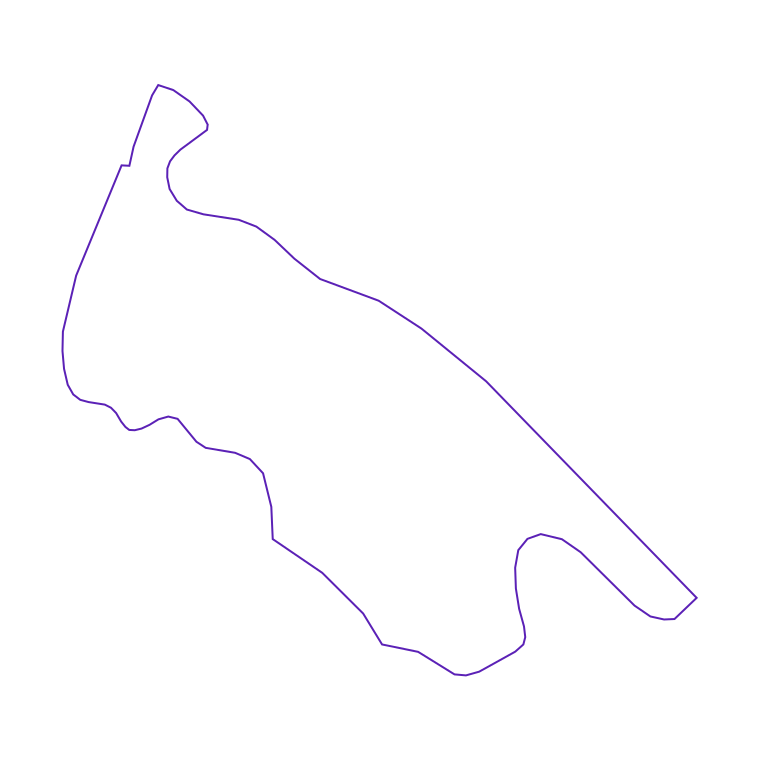 SVG path tracing the border of Ninh Bình, rotated 183°
{"feature_id": "VNM-466", "entity_name": "Ninh Bình", "entity_type": "Province", "adm_level": 1, "iso_a3": "VNM", "parent_name": "Vietnam", "parent_adm1": "", "projection": "robinson", "projection_center": [105.947, 20.203], "detail": "fine", "context": "isolated", "style": "outline", "palette": "violet", "viewbox_px": 768, "rotation_deg": 183, "n_neighbors": 0, "source": "natural_earth", "source_scale": "10m", "svg_char_len": 1121}
<svg xmlns="http://www.w3.org/2000/svg" viewBox="0 0 768 768"><g transform="rotate(183 384 384)"><path d="M657.5,588.6L649.7,588.6L646.5,607.9L630.7,660.1L625.1,670.7L609.8,666.5L593.0,656.0L578.7,642.5L573.6,633.7L573.7,633.3L574.0,628.5L599.6,607.4L605.2,601.3L609.3,595.2L611.6,588.0L611.3,579.1L608.3,567.5L600.5,556.1L590.0,547.9L573.2,544.0L537.7,540.4L519.7,534.5L500.8,522.2L480.0,504.4L453.3,485.5L393.7,466.9L349.5,441.3L282.1,392.0L60.6,186.8L81.6,164.5L92.0,163.5L105.8,165.8L122.2,175.8L178.8,226.3L198.2,238.3L219.6,242.3L232.6,236.9L241.2,225.1L243.4,207.4L241.6,186.7L237.3,166.6L231.5,149.2L229.7,138.6L231.2,131.2L238.9,123.6L273.9,101.7L286.9,97.3L298.4,97.7L335.9,118.3L372.3,123.8L392.8,153.7L435.8,192.2L487.0,223.3L490.1,255.4L500.1,288.5L514.0,302.0L529.1,307.5L558.7,310.9L568.3,316.5L588.3,338.4L597.7,340.2L607.4,336.9L616.1,330.9L623.8,326.8L630.5,324.8L636.0,324.8L640.0,327.6L644.5,332.7L650.0,341.0L655.4,346.0L661.7,348.8L678.1,350.5L686.5,352.3L693.8,357.3L699.8,366.7L704.3,382.4L706.8,400.1L707.4,419.5L697.1,476.1L657.5,588.6Z" fill="none" stroke="#5b21b6" stroke-width="2"/></g></svg>